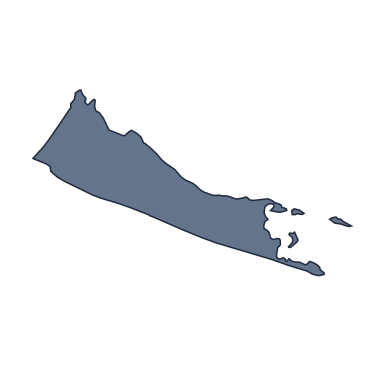 the district of Suffolk, New York, United States of America, rotated 43°
{"feature_id": "52423323B61185146991898", "entity_name": "Suffolk", "entity_type": "district", "adm_level": 2, "iso_a3": "USA", "parent_name": "United States of America", "parent_adm1": "New York", "projection": "mercator", "projection_center": [-72.547, 40.95], "detail": "fine", "context": "isolated", "style": "filled", "palette": "slate", "viewbox_px": 384, "rotation_deg": 43, "n_neighbors": 0, "source": "geoboundaries", "source_scale": "gbopen_adm2", "svg_char_len": 2775}
<svg xmlns="http://www.w3.org/2000/svg" viewBox="0 0 384 384"><g transform="rotate(43 192 192)"><path d="M52.8,275.9L54.0,275.6L66.3,270.8L71.0,270.2L74.7,273.2L82.5,273.0L83.0,273.0L87.2,272.1L93.0,270.7L104.7,267.1L121.5,262.0L129.4,258.7L146.1,250.5L155.5,246.4L157.3,245.6L175.0,238.6L177.0,237.9L177.8,238.1L179.2,237.3L182.4,236.1L211.2,225.9L230.5,218.6L244.3,212.8L296.7,186.8L312.6,179.9L330.0,171.4L336.0,170.0L341.5,167.0L344.8,162.4L344.6,161.7L343.3,160.9L342.3,161.3L338.6,161.2L337.5,160.8L336.8,159.9L333.0,160.0L329.5,160.8L325.6,162.3L325.2,164.1L325.4,165.1L325.3,166.5L324.2,168.1L318.2,170.1L315.2,172.9L311.4,174.8L309.2,174.3L308.4,174.8L308.4,176.0L308.8,177.5L308.4,178.3L307.7,178.6L307.4,178.7L307.2,178.7L306.6,177.5L303.8,177.6L303.3,178.3L303.1,179.0L302.6,180.8L300.2,182.0L299.0,182.0L297.7,181.3L296.4,179.9L292.4,174.0L292.9,172.2L292.5,170.1L289.4,167.1L288.2,166.6L287.7,166.7L285.5,168.5L284.6,170.4L283.9,171.1L282.5,171.8L280.4,171.9L277.5,169.9L275.3,168.9L273.1,168.8L269.5,169.5L267.1,167.2L265.3,163.1L266.5,160.9L265.8,160.0L262.6,159.9L258.9,158.0L255.6,153.5L255.6,152.2L255.6,150.2L257.2,147.2L258.8,146.0L259.8,145.7L261.0,145.8L262.1,147.3L262.1,152.1L268.6,148.1L270.8,146.0L273.7,141.2L273.7,140.5L272.3,140.0L268.1,141.8L267.2,141.6L266.1,140.7L263.8,141.4L259.8,143.3L256.5,143.6L252.1,145.3L243.0,155.9L240.2,158.2L235.1,158.6L232.2,163.3L229.1,167.0L220.9,170.6L215.6,175.0L213.5,176.1L212.7,177.5L209.0,180.5L199.7,184.3L194.4,184.9L190.3,184.7L186.1,185.3L179.1,187.7L173.8,188.4L164.2,187.3L152.6,189.0L147.8,189.1L140.1,188.2L132.5,188.1L124.2,188.6L123.6,189.2L122.5,188.8L116.6,186.5L114.1,186.7L111.2,186.8L105.6,188.2L104.8,190.8L104.5,195.9L104.1,197.1L104.0,197.4L89.1,203.3L87.6,202.7L76.8,198.5L70.1,197.2L67.7,197.8L67.4,198.3L66.1,198.0L63.6,196.7L62.0,195.3L58.6,190.9L57.3,190.9L57.1,191.2L56.6,194.1L56.7,198.4L56.1,199.6L51.9,199.2L51.8,198.3L51.7,197.2L50.4,195.9L45.4,195.2L42.7,194.1L41.4,193.1L40.2,194.2L39.3,198.8L39.2,198.9L42.9,204.7L43.1,210.2L45.7,212.7L48.9,232.7L49.1,233.7L50.1,241.1L50.6,244.0L51.1,248.0L51.3,248.9L51.3,249.3L51.5,250.6L52.0,254.4L52.1,254.7L52.8,264.6L52.6,265.6L52.8,275.9ZM311.5,116.7L311.2,118.1L317.6,117.4L319.0,116.5L322.0,114.3L325.0,112.9L328.0,111.5L330.1,110.5L331.7,108.1L328.5,109.0L326.8,109.4L321.7,110.6L319.7,110.3L316.7,112.2L314.5,112.1L313.7,112.9L312.5,114.8L311.5,116.7ZM291.4,155.7L291.6,156.6L292.1,157.0L295.6,156.9L298.2,157.9L298.8,158.5L299.9,161.1L299.9,166.3L300.2,166.5L301.8,165.5L302.9,156.7L302.3,154.8L294.4,151.4L294.1,153.2L293.4,154.1L291.8,155.0L291.4,155.7ZM278.1,134.7L277.7,137.8L280.8,140.2L283.0,138.0L284.1,135.8L288.0,133.2L288.5,131.2L282.8,132.0L278.1,134.7Z" fill="#64748b" stroke="#1e293b" stroke-width="1.5"/></g></svg>